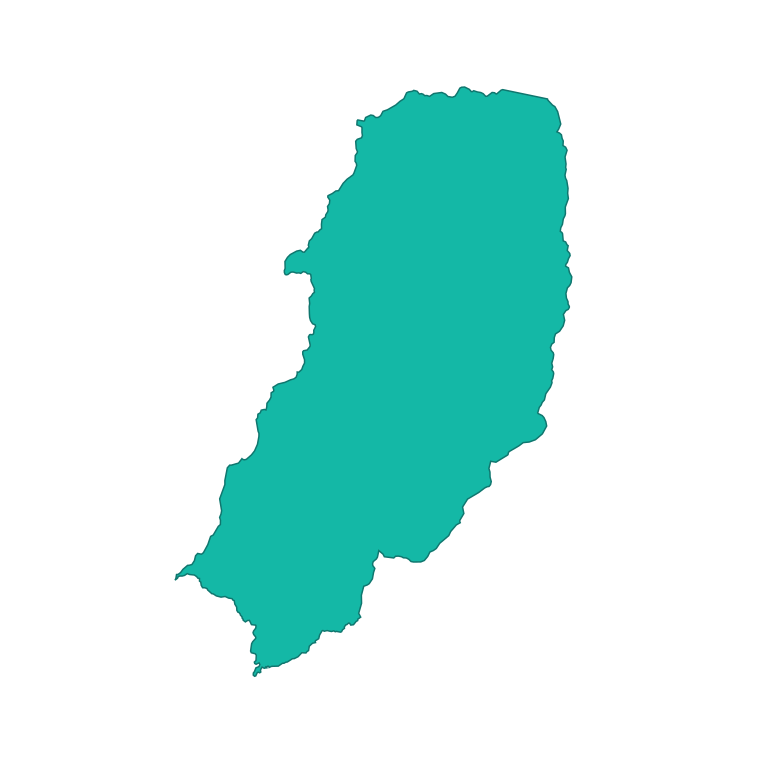 Nangaritza, Zamora Chinchipe, Ecuador, rotated 191°
{"feature_id": "8360857B36504899110850", "entity_name": "Nangaritza", "entity_type": "district", "adm_level": 2, "iso_a3": "ECU", "parent_name": "Ecuador", "parent_adm1": "Zamora Chinchipe", "projection": "natural_earth1", "projection_center": [-78.749, -4.316], "detail": "fine", "context": "isolated", "style": "filled", "palette": "teal", "viewbox_px": 768, "rotation_deg": 191, "n_neighbors": 0, "source": "geoboundaries", "source_scale": "gbopen_adm2", "svg_char_len": 6130}
<svg xmlns="http://www.w3.org/2000/svg" viewBox="0 0 768 768"><g transform="rotate(191 384 384)"><path d="M364.7,146.7L364.8,148.2L362.4,150.7L365.1,154.1L364.2,164.5L365.9,172.3L365.3,181.6L362.0,183.6L360.4,185.2L358.2,190.5L358.3,197.1L357.8,201.2L360.4,203.7L360.9,205.4L360.7,207.6L358.1,210.8L357.4,212.8L357.3,219.5L352.5,216.8L350.7,214.5L341.2,215.1L339.8,217.1L337.1,217.8L333.9,217.8L331.8,217.1L328.9,217.5L326.1,216.6L323.6,214.9L321.0,214.9L313.9,216.4L310.7,218.5L308.2,223.0L306.9,227.8L303.7,230.0L301.3,232.5L298.9,238.3L291.5,247.5L290.4,251.9L286.1,259.5L282.7,262.4L283.5,263.7L283.5,264.8L280.9,272.1L283.4,278.2L280.0,287.0L270.1,295.8L265.4,301.1L263.2,302.8L261.3,303.5L260.2,305.6L260.1,308.7L262.1,312.8L263.2,317.8L264.9,321.1L264.5,328.5L259.2,328.6L249.4,337.6L248.8,338.3L248.8,340.3L248.3,341.5L239.6,349.2L236.2,353.0L230.3,354.8L224.7,358.2L219.0,365.3L216.3,373.8L218.0,378.0L220.6,381.6L222.7,383.2L227.0,384.4L227.6,385.0L227.1,390.7L225.7,393.4L225.2,396.1L223.5,399.0L223.3,405.3L220.1,412.6L219.4,416.6L219.4,417.8L220.1,419.0L219.4,421.9L219.4,426.5L220.0,428.1L222.1,430.1L221.7,433.0L223.3,436.4L222.8,441.4L223.0,445.2L223.8,446.9L226.5,449.1L227.6,451.7L226.9,455.2L225.0,457.4L225.7,462.1L225.2,465.9L221.7,469.3L219.2,475.2L218.8,481.0L221.2,486.6L219.4,490.8L217.4,492.4L216.7,494.4L216.9,495.6L218.5,497.5L219.1,500.0L221.3,503.1L222.7,507.6L222.3,513.4L220.5,516.2L219.7,519.1L220.1,525.0L223.3,529.0L225.1,533.2L228.2,534.3L228.3,536.1L227.2,538.5L226.8,542.3L225.8,545.5L226.6,547.6L229.6,550.0L229.6,554.9L230.9,555.6L232.8,558.1L235.4,558.7L237.4,565.6L238.3,566.7L240.1,567.5L240.3,571.1L239.3,574.8L239.5,580.2L238.5,583.7L238.4,585.8L239.8,592.3L238.4,601.2L240.1,606.2L240.7,611.2L243.4,618.5L245.1,620.7L246.2,623.6L246.1,629.5L247.0,631.1L247.3,634.7L249.6,641.4L248.9,648.4L250.9,651.1L253.8,652.2L254.4,656.7L256.0,659.0L257.4,662.5L259.5,663.8L262.4,664.5L261.2,667.5L260.1,672.9L265.5,684.5L269.2,688.9L271.8,689.9L277.3,693.9L277.9,695.0L323.7,695.6L325.1,694.8L328.6,690.4L329.2,690.1L331.1,691.0L333.5,690.8L337.6,686.2L339.1,685.8L342.0,687.9L344.6,688.6L348.0,688.5L351.9,689.0L353.0,687.9L354.2,687.7L356.4,689.5L361.5,690.9L364.5,690.1L366.0,688.9L367.6,683.7L369.2,680.0L371.7,678.5L376.1,678.4L378.9,680.3L382.9,681.2L390.6,678.6L394.2,675.0L396.9,675.4L399.1,674.8L400.6,675.8L402.6,676.2L404.6,675.4L407.4,677.7L410.8,677.9L412.0,676.8L415.9,675.3L417.4,674.1L418.9,667.8L422.2,664.6L425.7,660.1L433.0,653.8L437.0,651.5L438.5,646.6L440.5,644.6L443.0,644.0L445.8,645.5L448.3,645.5L452.9,642.1L453.4,638.7L454.1,638.2L460.1,638.2L460.6,637.3L460.1,633.2L455.2,632.2L454.5,631.4L453.6,626.6L452.6,623.8L453.0,621.4L456.9,619.1L458.1,616.9L456.2,609.8L454.4,607.0L454.5,605.7L455.8,602.8L454.9,597.1L453.3,595.4L452.5,593.3L453.7,585.5L454.4,583.3L459.3,578.0L462.4,573.2L465.5,565.1L468.1,564.3L471.1,561.1L474.9,558.2L474.9,556.8L472.3,554.1L472.0,550.6L473.3,547.5L472.1,544.2L472.1,542.4L473.4,539.1L473.4,536.5L476.2,533.6L475.9,528.9L474.9,524.5L476.4,523.0L477.7,520.7L479.0,520.3L480.8,518.8L482.7,512.9L484.6,510.2L484.8,505.8L484.1,504.7L484.0,503.4L484.7,502.9L487.3,498.2L488.8,498.0L491.6,499.3L495.1,497.8L500.7,493.2L502.9,489.9L504.6,485.4L503.1,478.6L503.5,476.3L503.0,474.3L501.9,472.7L500.9,472.5L499.3,473.1L496.7,476.0L494.5,476.6L491.1,476.2L488.6,476.9L486.8,476.7L484.8,478.9L482.2,478.8L480.1,477.6L477.9,478.0L476.8,477.4L475.5,473.8L475.7,472.5L475.0,470.7L470.5,464.5L470.5,462.9L469.8,460.7L471.1,459.2L472.1,456.5L473.9,454.1L472.3,448.8L472.2,445.8L470.6,438.6L469.7,435.2L468.2,432.2L465.6,429.5L462.9,429.0L462.1,427.3L463.2,423.4L462.7,421.1L462.9,419.5L464.0,418.7L465.9,418.5L466.5,418.0L467.2,415.8L464.1,408.7L463.8,407.4L464.0,406.3L465.9,402.7L469.3,401.3L469.9,400.1L469.4,397.7L466.6,392.6L466.0,389.4L467.0,386.0L467.5,382.5L469.9,379.3L471.5,379.2L471.1,377.0L471.6,373.8L473.5,371.8L476.5,370.3L481.6,366.7L487.9,363.8L492.4,359.6L491.0,357.0L491.0,355.8L493.1,353.8L492.4,349.5L493.3,346.4L495.2,342.8L494.7,338.9L494.9,336.0L496.6,336.2L499.5,334.9L500.0,332.1L502.0,330.3L501.6,326.6L502.7,324.6L498.6,313.7L497.3,311.6L496.8,308.7L496.7,300.6L498.3,293.6L500.6,289.1L504.8,283.7L506.8,282.9L508.5,283.1L509.2,283.6L511.7,278.6L518.4,275.2L520.0,274.9L521.8,271.8L521.8,258.9L521.0,255.0L523.4,239.9L519.2,228.6L519.2,225.1L519.9,221.7L518.5,219.0L517.8,214.8L519.5,212.6L522.8,203.2L525.1,201.3L526.3,192.7L529.1,183.9L530.7,182.1L534.6,182.1L536.2,179.4L536.4,174.4L537.9,170.7L538.2,170.1L540.6,168.9L542.2,168.5L546.0,163.7L547.7,160.1L549.8,157.8L551.3,157.4L551.2,153.5L551.7,151.6L549.6,154.0L549.4,155.3L548.0,156.5L545.4,157.0L543.2,158.1L541.0,160.3L538.6,159.9L533.7,160.3L531.2,159.2L529.5,157.8L528.0,157.9L527.5,155.3L526.1,154.6L525.0,151.5L523.2,149.4L520.8,149.8L518.7,149.4L517.7,148.1L513.0,145.3L511.6,145.4L508.2,144.0L503.3,143.7L499.4,145.1L495.7,144.2L492.2,144.3L491.0,143.0L489.7,142.8L488.4,139.4L486.1,136.9L485.2,133.6L483.8,132.1L482.7,132.0L481.4,130.9L480.9,129.8L479.0,128.4L478.5,127.0L477.3,126.1L477.2,125.3L474.7,124.0L472.8,125.8L471.0,126.3L468.2,122.5L464.0,122.8L463.5,122.1L463.3,119.9L464.9,116.6L465.1,114.9L464.1,113.2L461.6,111.1L461.4,109.8L463.7,106.0L464.4,103.8L464.0,96.4L463.0,94.9L458.8,94.6L457.6,93.3L456.9,88.1L458.2,86.3L457.6,85.0L456.1,84.5L453.4,86.4L452.3,84.9L452.9,82.7L455.6,80.9L456.3,77.0L457.1,75.4L456.8,73.3L455.3,72.4L454.2,73.0L453.4,76.3L452.6,77.1L450.9,76.8L450.0,77.7L450.7,79.7L449.7,82.8L447.3,82.1L446.5,82.5L446.3,83.4L445.7,82.8L444.8,83.0L445.1,84.1L444.0,84.9L443.1,84.7L442.7,83.8L440.5,85.4L433.9,86.9L430.4,90.5L428.9,90.8L427.4,92.1L425.8,92.7L421.4,96.9L419.7,97.3L416.3,99.9L413.4,104.5L409.3,105.1L408.5,106.7L407.2,107.9L407.3,112.4L404.7,115.9L401.9,117.1L402.5,118.0L402.2,119.0L399.5,121.5L399.3,125.4L397.7,129.9L396.9,130.4L395.5,129.9L392.8,131.1L388.4,131.0L386.2,132.1L384.6,131.5L383.5,132.1L379.4,132.1L378.4,132.7L377.8,134.8L376.2,136.6L376.6,137.8L375.6,140.3L374.7,140.6L373.2,142.5L372.1,142.6L370.6,141.0L368.0,141.9L366.0,145.7L364.7,146.7Z" fill="#14b8a6" stroke="#0f766e" stroke-width="1.5"/></g></svg>